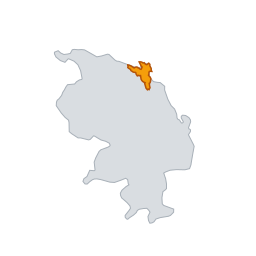 Jura highlighted on a map of Switzerland, rotated 69°
{"feature_id": "CHE-160", "entity_name": "Jura", "entity_type": "Canton", "adm_level": 1, "iso_a3": "CHE", "parent_name": "Switzerland", "parent_adm1": "", "projection": "orthographic", "projection_center": [7.156, 47.327], "detail": "fine", "context": "in_parent", "style": "filled", "palette": "amber", "viewbox_px": 256, "rotation_deg": 69, "n_neighbors": 0, "source": "natural_earth", "source_scale": "10m", "svg_char_len": 3645}
<svg xmlns="http://www.w3.org/2000/svg" viewBox="0 0 256 256"><g transform="rotate(69 128 128)"><path d="M183.6,81.7L184.9,82.4L188.0,85.1L187.4,89.9L184.2,97.7L182.5,103.9L182.5,108.6L182.9,110.9L183.5,110.8L186.9,111.0L188.6,111.0L194.0,112.1L198.4,113.8L199.3,115.8L199.9,118.2L205.2,121.3L211.1,123.2L213.1,122.4L220.1,114.4L223.0,115.6L224.8,119.6L224.9,121.8L223.2,130.1L223.0,134.5L224.9,137.4L225.2,139.6L224.7,141.7L221.8,142.0L217.8,141.1L214.4,137.6L211.9,138.2L209.7,139.2L208.7,142.5L207.9,146.6L208.3,148.8L209.9,150.5L211.3,154.1L212.3,158.8L213.1,160.9L212.4,161.9L210.3,162.6L208.6,162.0L205.3,156.5L203.8,154.4L201.4,154.1L197.3,155.6L190.9,159.0L188.3,159.1L186.1,158.5L183.9,155.9L182.0,150.8L181.4,147.5L180.1,147.7L176.0,146.8L174.1,148.2L174.2,153.5L174.0,160.1L172.0,164.4L166.4,171.9L164.4,175.2L163.6,177.5L163.5,179.5L164.4,183.0L165.7,186.2L164.8,188.2L161.7,189.2L159.5,187.3L158.6,183.7L153.8,178.9L155.8,174.8L155.4,173.8L147.7,171.8L144.3,168.8L139.5,163.4L138.6,161.1L138.7,153.5L138.4,151.7L137.7,150.8L135.5,150.9L132.4,153.6L129.5,157.5L123.6,162.1L123.0,163.0L125.1,167.3L125.0,169.0L120.2,175.9L119.3,178.2L113.2,182.6L110.4,184.2L101.8,181.1L99.4,180.7L95.6,182.9L90.2,184.9L81.5,187.0L78.2,185.5L76.7,184.1L76.0,182.0L73.8,178.3L71.3,176.1L69.6,173.7L67.3,171.1L65.9,168.9L67.8,162.0L66.4,159.6L65.7,156.1L66.1,153.7L65.3,153.1L57.5,151.7L51.0,152.1L46.3,154.4L42.5,158.2L42.0,159.0L42.3,159.7L44.1,163.3L40.8,167.0L35.9,169.8L32.4,170.1L30.9,169.5L30.8,165.5L33.8,164.0L36.4,161.5L37.3,157.8L37.7,155.2L35.0,152.0L35.3,150.1L37.1,146.5L38.1,143.3L39.5,140.6L44.9,136.1L50.4,131.6L51.3,126.7L51.7,120.8L52.5,119.4L59.8,115.9L61.6,114.5L62.5,112.6L68.3,106.0L73.9,99.4L75.0,97.2L76.0,95.9L76.0,94.9L75.3,94.0L72.6,93.5L71.7,91.4L74.6,87.7L78.3,85.4L81.8,85.4L83.2,86.4L83.1,87.6L84.7,89.0L87.3,89.4L90.6,88.9L93.9,87.5L95.9,84.2L97.1,81.7L102.2,78.8L105.7,80.2L115.5,80.5L122.6,79.7L127.0,77.7L132.5,77.6L136.2,78.6L136.9,78.5L137.9,78.2L138.9,77.1L142.4,76.4L142.8,75.5L142.6,74.6L142.0,74.1L137.7,74.7L136.1,74.0L135.6,72.4L137.0,69.7L140.1,67.4L142.7,66.8L144.7,67.3L149.4,71.4L150.6,71.5L151.2,70.8L152.2,70.3L153.8,71.1L155.7,73.7L156.0,74.0L166.4,72.9L168.8,72.8L176.0,77.2L183.6,81.7Z" fill="#d9dde1" stroke="#a8b0b8" stroke-width="1"/><path d="M76.4,84.8L76.8,84.9L77.2,85.2L78.3,85.3L80.4,85.0L81.4,85.2L82.0,85.5L82.5,85.6L83.7,85.5L82.9,87.3L83.2,88.3L84.1,88.8L85.4,89.2L85.5,89.4L85.6,89.6L85.8,89.8L86.2,90.0L86.4,89.9L88.1,89.2L89.2,89.0L90.4,89.0L90.5,89.2L90.6,89.3L92.4,90.2L93.6,91.1L93.9,91.6L93.9,92.1L94.1,92.2L94.2,92.3L94.7,92.3L96.7,92.8L97.6,92.9L97.9,92.9L98.2,93.0L98.6,93.3L99.0,94.0L99.7,94.5L99.0,95.2L98.9,95.6L98.9,95.8L99.1,95.9L99.9,96.0L97.2,96.9L92.5,96.5L92.1,96.4L92.0,96.1L91.9,95.8L91.7,95.9L91.6,96.2L91.4,96.4L91.2,96.6L90.8,96.8L90.6,96.9L90.5,97.1L90.1,97.4L89.6,97.7L88.5,98.1L87.9,98.2L87.1,98.3L83.5,97.5L83.3,98.2L83.4,98.5L83.2,98.9L82.7,99.2L82.7,99.4L82.6,99.5L82.7,100.2L82.8,100.4L82.6,100.7L80.5,101.1L79.1,100.9L78.9,101.0L78.7,101.2L78.6,101.5L78.5,101.8L78.2,102.2L78.0,102.6L77.7,103.1L77.2,103.5L76.5,103.9L76.1,104.2L75.7,104.6L75.2,104.7L74.3,104.7L73.8,105.0L72.2,106.2L71.7,106.4L71.4,106.5L71.2,106.4L70.7,105.9L69.5,105.8L69.0,105.6L69.9,104.2L71.2,102.9L74.1,100.8L73.9,99.2L74.2,97.9L75.0,97.1L75.4,97.1L75.6,97.0L76.2,96.1L76.7,95.9L77.1,95.7L77.5,95.5L77.9,94.8L77.4,94.1L76.8,93.6L76.1,93.0L75.4,93.4L70.3,93.9L70.5,93.1L71.0,92.1L71.7,91.3L72.8,90.6L72.8,89.5L73.4,89.3L73.9,89.2L74.6,88.8L75.3,88.3L75.6,87.7L75.4,87.0L75.0,86.1L74.9,85.4L75.6,85.2L76.0,84.9L76.4,84.8Z" fill="#f59e0b" stroke="#b45309" stroke-width="1.5"/></g></svg>